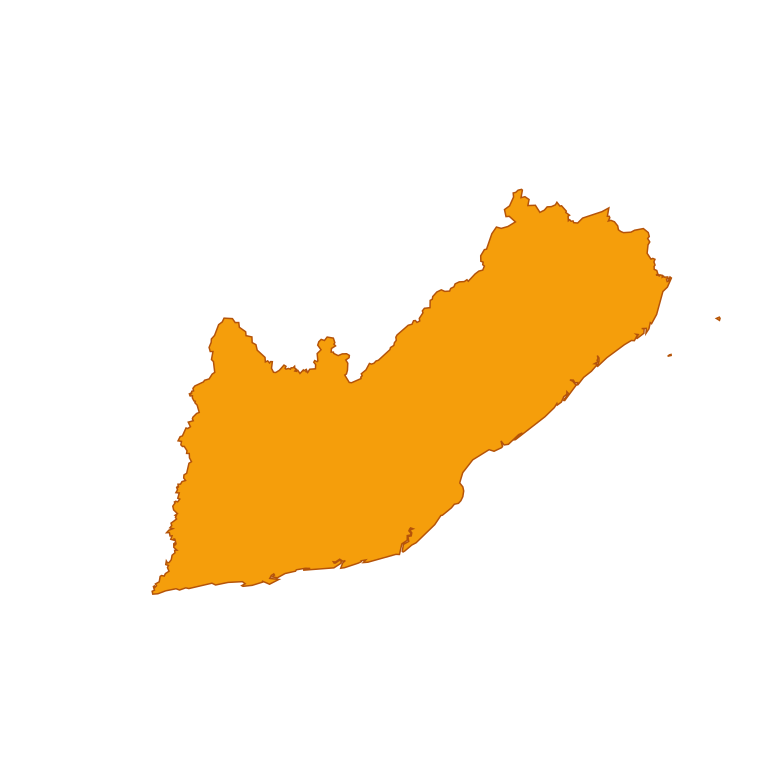 Maintirano, Melaky, Madagascar, rotated 234°
{"feature_id": "10022922B40533998311047", "entity_name": "Maintirano", "entity_type": "district", "adm_level": 2, "iso_a3": "MDG", "parent_name": "Madagascar", "parent_adm1": "Melaky", "projection": "natural_earth1", "projection_center": [44.435, -17.734], "detail": "fine", "context": "isolated", "style": "filled", "palette": "amber", "viewbox_px": 768, "rotation_deg": 234, "n_neighbors": 0, "source": "geoboundaries", "source_scale": "gbopen_adm2", "svg_char_len": 6155}
<svg xmlns="http://www.w3.org/2000/svg" viewBox="0 0 768 768"><g transform="rotate(234 384 384)"><path d="M349.9,73.4L347.2,77.8L345.0,85.8L340.6,95.4L337.5,97.5L335.6,103.8L333.2,105.9L324.0,127.7L320.4,129.6L315.1,141.3L307.3,153.3L304.0,154.3L304.5,150.4L303.2,151.0L298.6,159.0L294.8,170.1L296.4,169.5L289.3,173.7L287.7,184.0L293.9,177.3L295.3,180.2L295.2,183.2L293.8,183.1L293.6,180.2L289.9,183.8L288.8,192.6L284.6,202.4L285.2,203.9L281.2,212.0L278.2,215.9L280.9,209.1L264.7,235.4L264.3,243.5L265.3,245.2L267.5,244.8L267.7,239.5L268.4,238.4L270.0,238.5L268.5,240.1L268.3,245.2L264.7,246.6L263.9,248.9L263.5,245.3L260.4,240.7L258.6,244.1L254.2,257.9L253.6,261.2L254.4,261.6L252.4,265.8L251.7,262.3L249.3,266.2L239.2,293.5L237.0,296.3L244.2,304.5L243.9,310.9L247.7,313.7L246.2,316.8L247.4,318.0L250.6,317.8L251.2,319.0L250.1,321.4L251.7,319.9L252.0,320.9L249.7,322.5L250.6,318.9L247.3,319.0L245.1,316.8L246.5,313.7L242.1,311.5L242.8,305.4L237.9,300.4L236.9,300.7L236.7,302.8L237.4,311.7L236.7,316.7L240.4,342.4L244.2,352.7L243.5,354.2L244.2,365.8L245.4,370.2L243.7,374.1L244.4,377.6L246.5,381.5L250.6,385.6L254.4,387.3L259.4,387.1L260.8,388.8L266.0,395.6L270.5,411.2L269.1,430.4L264.9,433.5L263.4,441.6L263.7,443.1L269.2,445.2L264.1,445.3L262.1,449.2L263.9,463.2L263.1,467.2L262.2,456.7L261.7,457.7L262.9,495.0L264.8,508.0L266.6,512.4L265.1,511.8L265.1,516.8L268.1,522.0L268.2,525.8L270.2,527.4L267.4,527.7L265.9,521.3L265.0,519.8L264.4,520.5L270.1,538.7L275.4,538.3L278.0,536.8L275.8,539.5L272.9,539.1L271.3,541.5L269.8,539.5L269.4,540.5L272.0,549.4L272.4,559.3L274.1,566.7L275.1,567.9L276.7,566.2L276.2,570.5L277.9,570.3L279.1,572.3L281.6,573.3L278.7,573.2L275.9,571.2L272.6,566.6L274.3,579.8L274.5,601.7L273.8,609.7L271.9,612.0L274.6,617.7L275.9,617.3L274.5,618.8L273.3,615.4L272.1,615.5L272.3,624.1L275.8,626.9L277.4,625.0L274.8,628.9L271.0,625.7L272.9,630.7L277.1,635.5L275.5,635.9L280.0,645.4L294.9,664.0L295.8,670.2L300.8,678.8L302.5,678.3L300.1,674.6L300.4,673.3L302.9,674.2L302.2,675.8L303.8,676.5L305.7,673.5L306.9,673.6L306.9,671.9L308.3,673.0L310.0,671.5L309.4,669.6L310.4,670.8L311.2,669.4L311.8,670.8L312.0,667.9L312.3,670.3L315.5,671.4L317.9,670.0L320.4,671.6L320.9,673.2L324.1,674.1L325.6,676.5L327.6,675.3L328.1,673.4L335.1,673.7L341.4,679.4L342.7,682.5L346.7,682.8L347.4,685.3L351.2,686.8L357.3,685.2L361.1,677.1L361.7,673.0L365.7,666.7L368.2,665.2L371.0,664.3L374.5,666.0L379.8,665.8L383.1,663.7L384.0,661.3L385.8,664.4L387.3,664.8L388.4,663.3L394.3,669.4L395.3,661.7L401.5,642.2L400.4,635.3L403.0,632.3L404.8,632.8L405.7,631.0L407.8,630.8L407.7,629.1L411.6,631.6L411.5,633.3L415.9,631.9L416.7,633.1L423.8,632.4L424.6,630.9L429.4,630.7L428.2,627.9L429.1,623.7L431.4,620.1L430.4,615.9L431.2,611.0L439.6,611.5L443.8,605.3L448.0,609.8L452.7,608.1L454.2,604.4L459.5,609.9L460.6,609.7L462.0,606.4L461.6,603.2L462.6,600.8L459.1,598.7L454.3,590.3L454.3,584.0L447.7,581.1L446.0,583.9L437.9,585.6L438.6,576.8L441.0,570.3L444.9,567.2L442.2,559.6L432.8,546.2L433.7,544.2L430.9,537.6L426.4,534.5L424.3,535.8L422.5,534.0L420.4,534.5L418.1,530.8L419.6,527.1L419.5,522.4L417.6,512.6L419.6,512.4L419.7,509.1L422.4,504.9L423.2,500.4L421.5,497.7L422.1,494.1L420.6,491.7L423.2,487.6L426.5,485.7L427.4,480.8L426.1,474.8L424.2,472.9L424.5,470.5L418.7,466.1L421.5,461.2L420.6,458.0L418.7,457.4L416.3,451.1L414.0,450.0L414.4,446.9L416.9,446.7L417.8,445.1L415.9,441.8L417.3,438.1L416.0,423.4L414.9,421.1L412.1,419.6L411.3,416.7L409.4,414.6L409.7,410.7L408.3,409.0L406.5,393.4L407.3,391.1L406.7,388.0L407.5,385.5L409.2,384.3L406.0,377.7L405.6,371.6L403.5,371.2L403.2,369.3L401.9,368.6L404.1,358.5L405.7,356.8L414.3,357.5L414.2,359.5L416.7,362.6L422.1,366.9L425.9,367.2L425.8,371.2L427.5,372.8L430.5,371.5L432.9,367.9L433.9,363.6L438.3,361.3L439.5,361.8L440.9,360.0L443.6,362.4L443.3,367.2L445.7,366.9L446.3,368.5L450.9,370.0L455.4,365.6L454.2,361.4L457.0,359.4L456.5,356.1L454.4,353.2L448.7,353.2L447.9,347.8L441.5,344.0L441.4,343.0L443.7,341.7L442.9,340.0L439.9,340.1L436.6,337.5L439.6,332.6L438.1,328.9L439.7,328.7L439.9,327.5L440.1,329.4L441.5,329.7L441.8,327.0L442.8,327.0L441.9,322.2L445.9,322.3L446.5,321.5L445.6,320.7L446.9,319.5L447.6,321.7L449.1,321.1L450.9,322.1L450.6,319.9L451.7,318.4L451.0,317.0L452.7,315.9L453.6,313.5L454.9,313.2L455.9,315.1L458.1,314.2L456.6,307.4L456.9,303.2L458.4,301.5L462.8,302.2L467.7,306.8L468.8,305.4L468.3,303.7L471.1,303.5L471.6,301.0L475.5,303.4L485.9,301.3L491.1,303.5L495.0,301.7L499.7,304.8L504.2,300.8L507.6,302.8L514.9,300.3L519.1,302.6L521.2,299.7L526.0,299.8L531.3,293.3L529.3,289.7L529.2,285.1L522.9,275.5L521.9,270.8L519.3,268.7L516.4,264.0L512.4,262.5L510.8,264.7L505.2,258.8L502.4,259.2L492.9,253.9L493.0,250.8L490.9,245.5L492.5,241.0L491.8,239.2L493.6,229.8L492.8,226.9L490.4,225.9L491.1,224.1L490.1,223.2L490.3,221.4L489.5,222.0L489.6,220.4L488.3,220.1L487.1,222.1L485.4,220.8L482.0,220.3L480.9,221.2L480.0,220.0L476.7,220.4L469.6,217.8L470.3,215.1L469.5,210.0L468.5,208.5L466.4,208.1L468.2,203.2L463.2,202.3L463.3,199.1L464.8,198.0L460.5,190.4L461.2,188.1L459.1,184.0L456.6,186.4L454.2,183.9L452.0,184.2L450.9,185.7L445.8,185.4L443.9,183.5L442.2,185.6L438.6,183.2L434.3,182.6L434.5,179.6L427.8,171.9L428.0,168.7L425.7,166.7L422.6,166.7L423.8,163.2L422.6,160.5L424.0,158.4L421.6,157.3L421.4,155.9L422.4,156.8L422.3,155.5L419.8,154.8L418.4,151.8L416.2,154.3L412.8,150.0L410.9,151.1L409.9,147.8L411.6,146.6L411.7,145.1L410.6,145.1L409.3,141.3L405.8,139.8L400.5,140.7L400.6,137.8L399.5,138.5L398.8,136.9L396.7,136.8L396.6,129.9L394.2,129.0L393.5,126.2L391.1,128.1L392.2,124.0L391.5,120.7L389.9,123.0L386.8,121.6L385.8,123.3L383.7,120.2L381.2,122.2L382.1,123.1L381.3,123.6L376.9,121.8L376.6,120.4L378.4,120.8L378.3,120.0L375.3,117.9L371.3,118.8L372.5,116.8L370.3,115.7L370.0,111.9L366.9,108.6L365.9,105.3L366.6,103.7L368.8,103.9L366.2,101.3L363.9,103.0L362.8,100.9L358.9,100.0L359.1,95.7L357.8,93.3L359.8,91.5L359.9,89.8L356.1,85.9L356.6,81.5L354.5,81.4L354.1,79.0L355.6,79.5L355.7,78.4L352.1,77.1L352.6,74.6L349.9,73.4ZM241.0,694.6L241.7,691.4L238.3,692.8L239.6,694.5L241.0,694.6ZM239.2,633.6L239.8,632.1L239.7,629.8L238.3,633.1L239.2,633.6Z" fill="#f59e0b" stroke="#b45309" stroke-width="1.5"/></g></svg>